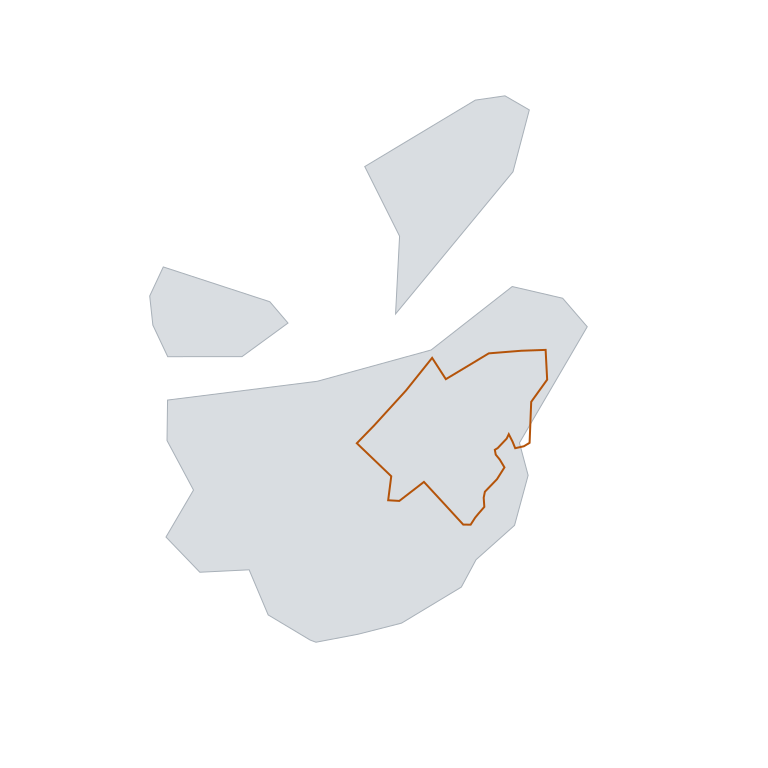 where Yuen Long sits in Hong Kong S.A.R., rotated 149°
{"feature_id": "HKG-5167", "entity_name": "Yuen Long", "entity_type": "state/province", "adm_level": 1, "iso_a3": "HKG", "parent_name": "Hong Kong S.A.R.", "parent_adm1": "", "projection": "orthographic", "projection_center": [114.043, 22.453], "detail": "fine", "context": "in_parent", "style": "outline", "palette": "amber", "viewbox_px": 768, "rotation_deg": 149, "n_neighbors": 0, "source": "natural_earth", "source_scale": "10m", "svg_char_len": 1118}
<svg xmlns="http://www.w3.org/2000/svg" viewBox="0 0 768 768"><g transform="rotate(149 384 384)"><path d="M307.5,231.5L310.5,228.6L344.9,195.6L395.6,186.0L422.3,170.1L492.1,170.0L534.9,182.8L575.3,197.7L579.2,202.6L602.2,245.7L595.3,294.2L638.8,317.5L649.7,365.1L601.9,391.2L599.1,447.3L577.8,481.7L439.8,420.7L326.1,388.9L223.9,401.5L186.7,365.5L180.3,328.4L298.2,263.8L307.5,231.5ZM288.5,580.3L159.5,580.3L131.9,568.7L118.3,544.1L164.1,499.5L338.0,438.1L294.5,502.7L288.5,580.3ZM539.5,580.1L512.9,598.0L439.5,513.3L434.9,485.7L491.6,480.6L555.3,518.8L551.8,553.5L539.5,580.1Z" fill="#d9dde1" stroke="#a8b0b8" stroke-width="1"/><path d="M227.9,330.0L241.9,303.7L267.0,292.9L289.5,258.6L296.2,258.6L304.6,261.4L303.5,268.4L302.9,276.7L307.0,274.0L319.6,270.5L322.9,270.5L324.6,265.9L323.7,259.6L323.7,250.5L336.2,244.2L353.0,239.7L357.1,235.2L361.3,227.0L369.6,224.3L374.7,222.5L382.2,218.8L388.5,222.7L394.4,251.6L400.2,279.5L431.1,275.9L440.3,282.2L425.3,301.2L437.8,347.2L413.6,353.6L368.5,367.1L329.3,381.6L328.5,356.3L278.4,356.3L249.2,341.8L227.9,330.0Z" fill="none" stroke="#b45309" stroke-width="2"/></g></svg>